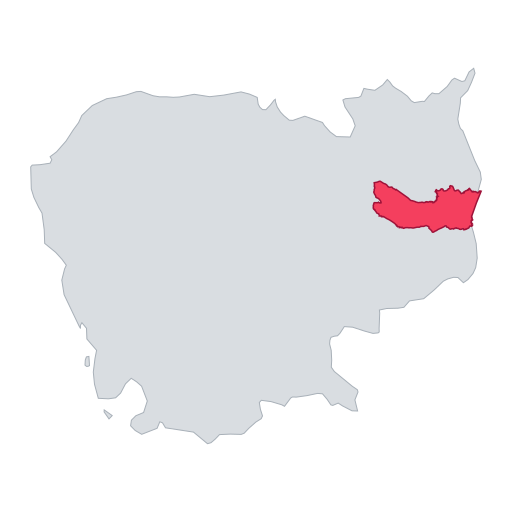 Kaoh Nheaek, Môndól Kiri, Cambodia shown in context
{"feature_id": "14789045B36010441751176", "entity_name": "Kaoh Nheaek", "entity_type": "district", "adm_level": 2, "iso_a3": "KHM", "parent_name": "Cambodia", "parent_adm1": "Môndól Kiri", "projection": "albers", "projection_center": [106.949, 13.127], "detail": "fine", "context": "in_parent", "style": "filled", "palette": "rose", "viewbox_px": 512, "rotation_deg": 0, "n_neighbors": 0, "source": "geoboundaries", "source_scale": "gbopen_adm2", "svg_char_len": 8387}
<svg xmlns="http://www.w3.org/2000/svg" viewBox="0 0 512 512"><path d="M473.7,68.3L475.0,73.2L471.5,82.3L467.7,90.6L460.6,97.8L460.3,103.2L457.8,119.1L458.8,124.1L460.4,128.5L462.8,130.8L469.0,146.3L474.7,160.5L480.3,172.1L481.3,179.4L476.2,198.0L470.3,215.2L470.8,223.7L473.4,232.2L476.2,243.6L477.2,258.1L475.7,267.6L473.0,273.5L467.9,279.6L463.4,282.7L457.9,277.5L453.6,277.3L447.8,278.9L443.3,281.2L434.0,290.1L423.7,298.7L409.5,300.9L403.9,307.3L398.0,308.2L386.7,308.5L379.4,310.0L379.7,313.2L379.1,328.4L379.2,332.0L378.1,332.9L373.0,333.4L364.3,331.0L352.7,327.2L344.3,326.6L340.0,333.2L337.5,335.8L334.3,336.2L331.0,337.3L329.9,340.3L329.6,344.0L331.2,350.3L331.7,360.3L331.3,367.2L334.3,371.5L352.2,386.2L357.4,389.8L358.0,392.0L354.9,399.9L357.6,411.0L352.0,410.8L342.7,406.0L338.2,403.1L332.8,405.4L330.9,404.9L327.2,399.4L322.5,393.8L317.5,393.4L307.1,395.6L296.4,397.1L292.4,397.0L290.7,398.0L284.5,406.3L281.8,404.8L271.1,401.6L261.3,400.3L259.3,402.5L260.4,409.3L262.5,415.9L261.2,418.7L255.8,422.1L248.7,428.4L244.2,433.2L241.2,434.4L230.3,434.1L219.5,434.6L215.1,439.2L211.0,442.7L207.5,443.7L193.5,432.1L165.5,427.8L162.5,422.8L159.8,421.8L157.1,428.3L141.7,434.3L135.2,430.5L130.6,425.8L131.4,420.2L135.9,415.7L143.6,412.5L147.3,401.0L141.6,386.2L136.6,381.8L131.2,378.3L125.5,383.8L120.6,393.1L115.6,397.8L108.5,398.8L98.3,398.3L94.5,384.2L93.3,372.1L95.0,358.4L96.6,350.3L86.9,339.0L86.5,328.3L81.9,322.7L80.4,325.4L80.5,328.5L79.2,326.3L64.1,294.7L61.8,280.1L64.6,268.9L66.3,265.2L61.9,259.2L55.7,252.4L44.7,243.4L44.2,229.6L42.0,213.1L38.8,207.6L33.9,197.4L31.3,189.0L30.7,166.9L32.2,165.1L40.0,164.7L50.1,163.2L51.8,159.7L50.1,156.7L56.6,151.8L66.0,141.1L73.4,129.7L78.6,122.6L81.8,115.5L92.3,105.5L106.7,98.7L116.4,97.2L126.6,94.9L136.3,91.7L140.9,91.4L152.9,95.7L159.3,96.8L166.2,96.8L173.2,97.3L179.4,97.0L194.2,94.3L209.7,96.7L223.7,95.1L241.0,91.9L249.5,94.1L257.2,97.4L258.2,104.2L259.9,107.3L262.5,109.6L265.9,109.7L270.4,105.0L274.1,100.2L275.3,99.3L275.5,101.7L277.2,106.9L280.5,112.1L283.8,115.6L289.3,120.2L292.9,120.4L304.8,116.2L322.5,122.5L324.5,125.7L330.2,132.0L336.4,136.6L350.2,137.0L355.2,125.8L352.8,118.9L345.0,107.0L342.9,100.0L345.4,98.7L358.7,97.4L360.9,96.1L363.9,88.4L367.5,89.2L374.9,90.3L382.7,85.0L387.3,79.5L389.8,82.0L392.6,85.9L395.6,88.2L401.2,91.5L407.4,96.2L411.2,100.8L414.3,102.6L422.3,101.3L424.4,101.5L429.0,95.9L432.2,92.9L434.9,93.7L438.9,93.7L447.2,86.5L451.9,80.0L454.5,78.2L461.9,81.5L464.8,80.8L469.1,71.9L473.7,68.3ZM89.5,365.6L87.9,366.4L86.5,366.4L85.0,365.1L85.3,360.0L86.4,356.9L88.9,356.4L89.5,365.6ZM112.2,415.6L109.0,418.9L104.1,411.9L104.2,409.9L112.2,415.6Z" fill="#d9dde1" stroke="#a8b0b8" stroke-width="1"/><path d="M396.5,225.7L396.8,225.4L397.5,226.6L397.8,226.8L398.0,226.6L398.5,226.8L398.8,226.8L399.2,227.0L399.3,227.2L399.5,227.3L399.7,227.2L399.8,227.3L400.0,227.3L400.0,227.1L400.3,227.2L400.1,227.5L400.6,227.4L401.0,227.6L401.3,227.5L401.6,227.7L401.9,227.4L402.0,227.7L402.4,227.8L402.9,227.9L403.2,228.2L403.6,228.3L404.3,228.1L405.2,227.7L406.6,227.6L407.9,227.6L408.0,227.7L408.8,227.8L410.9,227.7L412.7,228.0L413.5,228.0L417.1,227.2L419.4,227.2L420.4,226.7L420.9,226.3L421.4,226.5L421.9,226.4L422.5,226.4L423.7,226.4L426.1,225.5L428.7,226.6L429.0,227.2L428.9,228.1L431.3,230.4L431.7,230.8L432.0,231.6L432.4,232.1L432.8,232.2L433.6,232.1L434.8,231.3L436.6,230.5L437.8,229.6L439.9,228.6L441.2,228.1L444.2,226.6L445.0,225.9L445.7,225.8L445.9,225.8L446.3,226.1L446.4,226.7L446.5,227.0L448.0,227.4L448.4,227.7L449.5,228.8L450.0,229.1L450.9,229.1L451.4,228.8L452.7,228.7L452.8,228.7L453.3,228.9L453.6,229.0L453.9,228.6L454.3,228.6L454.5,228.5L454.9,228.5L455.1,228.1L456.4,227.9L456.7,228.3L458.4,228.5L459.1,228.8L459.4,229.2L460.3,229.4L461.6,229.2L462.2,229.0L462.9,228.7L463.2,228.7L463.4,228.8L463.6,229.0L463.9,229.8L465.1,229.5L465.4,229.2L465.7,229.4L466.1,229.2L466.3,229.2L466.7,229.0L466.9,228.7L467.2,228.7L467.6,228.4L468.1,228.3L468.8,227.9L469.8,226.1L470.9,226.1L471.5,225.7L471.7,225.8L471.8,226.1L472.0,226.0L472.0,225.9L472.0,225.6L472.3,225.6L472.6,225.1L472.2,224.9L472.0,224.7L471.8,224.5L471.8,224.2L472.0,223.9L471.8,223.9L471.8,223.3L471.4,222.9L471.2,222.9L471.1,222.7L471.1,222.4L471.4,222.2L471.2,221.9L471.3,221.7L471.2,221.6L471.3,221.2L471.6,220.8L471.3,220.5L471.4,220.4L472.0,220.1L472.5,220.1L472.7,219.9L472.2,219.4L472.1,219.1L472.1,218.8L472.2,218.4L472.2,218.0L471.6,217.6L471.8,216.8L471.6,216.4L471.6,216.0L471.9,215.8L471.9,215.5L472.0,215.4L476.4,202.9L481.1,191.3L480.8,191.3L480.5,191.0L480.3,191.0L479.6,191.0L479.3,191.3L479.4,191.7L479.3,191.9L478.6,192.1L478.2,192.8L477.8,192.9L477.0,192.6L476.7,192.1L476.0,192.0L475.1,191.5L473.7,191.9L473.3,191.3L473.0,191.3L472.4,191.8L472.2,191.9L472.0,191.7L471.8,191.2L471.3,190.9L471.1,190.5L470.5,189.8L469.8,188.8L469.3,188.4L469.2,188.5L468.7,188.9L468.5,189.3L468.5,189.9L468.3,189.9L468.1,189.7L467.8,189.7L467.5,189.9L467.4,190.3L466.1,190.7L465.3,191.0L464.5,191.7L464.1,191.7L464.0,191.9L464.3,192.6L464.2,192.8L463.3,192.6L463.1,192.8L463.1,193.2L463.0,193.3L462.3,193.1L461.2,193.6L460.4,192.6L460.1,191.9L459.2,191.2L458.7,190.4L458.5,190.2L458.1,190.1L456.9,190.2L456.5,190.4L456.2,190.7L455.4,190.9L454.6,190.7L454.3,190.3L453.2,187.5L452.6,186.4L452.1,186.1L451.7,186.1L450.7,185.7L450.4,185.7L450.0,186.0L449.7,186.4L449.7,186.6L449.9,187.5L449.9,187.9L449.7,188.3L449.5,188.5L448.4,188.8L448.1,189.1L447.6,189.9L445.9,190.8L444.5,191.0L443.8,190.9L443.2,190.5L443.2,189.8L443.0,189.4L442.0,188.8L441.4,188.9L441.0,189.0L440.2,190.2L438.7,190.8L438.1,190.8L437.4,190.6L436.8,190.2L436.5,189.8L436.3,189.7L436.1,190.0L436.4,190.3L436.4,190.5L436.2,190.5L435.7,190.5L435.6,190.8L436.0,191.3L435.6,191.6L436.1,191.7L436.3,191.9L436.3,192.1L436.0,192.0L435.9,192.1L436.2,192.3L436.3,192.5L436.6,192.5L436.5,193.1L436.6,193.4L437.0,193.8L437.0,193.5L437.2,193.8L437.4,193.9L437.2,194.6L437.3,194.8L437.1,195.1L437.5,195.6L437.2,195.5L437.1,195.9L437.5,196.1L437.7,196.6L437.3,197.0L437.1,197.0L437.3,197.2L437.3,197.3L437.0,197.6L436.7,197.7L436.9,198.2L436.8,198.6L436.6,198.8L436.7,199.0L436.8,199.0L436.8,199.3L436.6,199.4L436.8,199.9L436.4,200.4L436.0,200.4L436.0,200.7L435.9,200.9L435.6,200.8L435.1,201.1L435.1,201.4L434.8,201.6L434.7,201.9L434.4,201.9L434.1,202.2L434.0,202.5L433.8,202.5L433.3,202.6L433.2,202.7L433.1,202.8L432.9,202.8L432.8,202.5L432.8,202.2L432.7,202.2L432.6,201.9L432.3,201.9L432.4,201.7L432.0,201.6L431.6,201.5L431.3,201.6L431.2,201.7L430.9,201.7L430.8,201.8L430.7,201.6L430.1,201.4L429.7,201.7L429.3,201.7L428.7,202.0L428.4,202.0L428.0,202.3L427.3,201.8L427.0,201.9L426.5,201.7L426.2,201.9L426.1,202.1L425.5,202.4L425.4,202.4L425.3,202.2L425.1,202.4L424.8,202.4L424.6,202.5L424.1,202.6L423.8,202.5L423.3,202.6L422.4,202.2L422.1,202.3L421.6,202.2L421.0,202.5L420.3,202.4L418.9,202.6L418.2,202.6L415.6,201.9L415.2,201.6L412.2,200.7L410.9,200.5L410.6,200.4L408.0,197.9L396.2,189.5L395.9,189.9L395.6,189.9L394.9,189.3L394.1,188.8L393.3,188.6L391.9,187.1L390.9,187.1L389.8,187.3L389.6,187.2L389.0,187.2L388.5,186.8L388.2,186.8L387.9,186.6L387.9,186.4L386.8,185.0L386.2,184.5L385.0,183.8L384.2,183.6L383.5,183.3L380.5,181.4L380.0,181.2L379.0,181.4L377.4,182.1L376.5,182.3L374.2,182.7L374.3,183.7L374.3,184.1L374.5,184.6L374.4,185.2L374.4,185.7L374.2,186.1L374.6,186.6L374.5,187.0L374.8,187.9L374.6,188.5L374.2,189.5L374.2,190.9L373.8,191.9L373.9,192.6L374.2,193.1L374.4,193.8L375.1,194.9L375.6,195.8L375.7,196.2L375.8,196.9L376.0,197.3L377.0,197.9L377.9,198.2L378.5,198.6L379.2,199.2L379.9,200.1L380.5,200.8L380.9,201.7L381.1,202.7L380.9,203.0L380.3,202.9L380.1,202.8L379.8,203.0L378.6,202.5L378.4,202.3L378.3,202.5L377.8,202.6L377.5,202.7L377.1,202.7L376.0,202.7L374.5,202.6L374.1,202.8L373.9,203.5L373.7,203.8L373.7,204.5L373.4,204.9L373.2,206.0L373.4,206.5L373.4,207.2L373.2,207.7L373.3,208.1L373.4,208.3L373.4,208.6L373.7,209.1L373.9,209.1L374.2,209.5L374.5,209.5L374.7,209.9L374.8,209.9L374.8,210.1L375.0,210.2L375.0,210.5L375.4,210.9L376.1,211.8L376.7,212.9L377.4,213.4L377.9,213.5L378.8,213.9L378.9,214.8L379.1,215.1L379.8,215.7L379.9,215.9L379.8,216.0L380.7,216.0L381.0,216.2L381.1,216.3L381.2,216.2L381.3,216.4L381.5,216.4L381.5,216.6L381.8,216.6L381.8,216.8L382.0,216.9L382.3,216.8L382.7,216.5L383.1,216.5L383.4,216.8L383.8,216.7L386.6,218.5L389.3,219.8L392.1,221.6L394.8,223.5L395.8,224.6L396.5,225.7Z" fill="#f43f5e" stroke="#9f1239" stroke-width="1.5"/></svg>